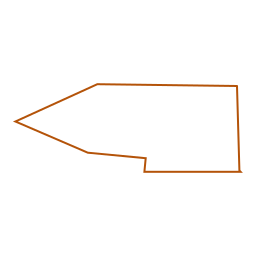 52, Ar Rayyān, Qatar (Mercator projection)
{"feature_id": "91078587B99921066988790", "entity_name": "52", "entity_type": "district", "adm_level": 2, "iso_a3": "QAT", "parent_name": "Qatar", "parent_adm1": "Ar Rayyān", "projection": "mercator", "projection_center": [51.454, 25.306], "detail": "fine", "context": "isolated", "style": "outline", "palette": "amber", "viewbox_px": 256, "rotation_deg": 0, "n_neighbors": 0, "source": "geoboundaries", "source_scale": "gbopen_adm2", "svg_char_len": 265}
<svg xmlns="http://www.w3.org/2000/svg" viewBox="0 0 256 256"><path d="M144.4,171.8L240.6,171.8L239.4,170.5L239.4,170.3L237.8,114.3L237.0,86.1L236.9,86.0L97.3,84.2L15.4,121.5L87.8,152.7L145.7,158.2L144.4,171.8Z" fill="none" stroke="#b45309" stroke-width="2"/></svg>